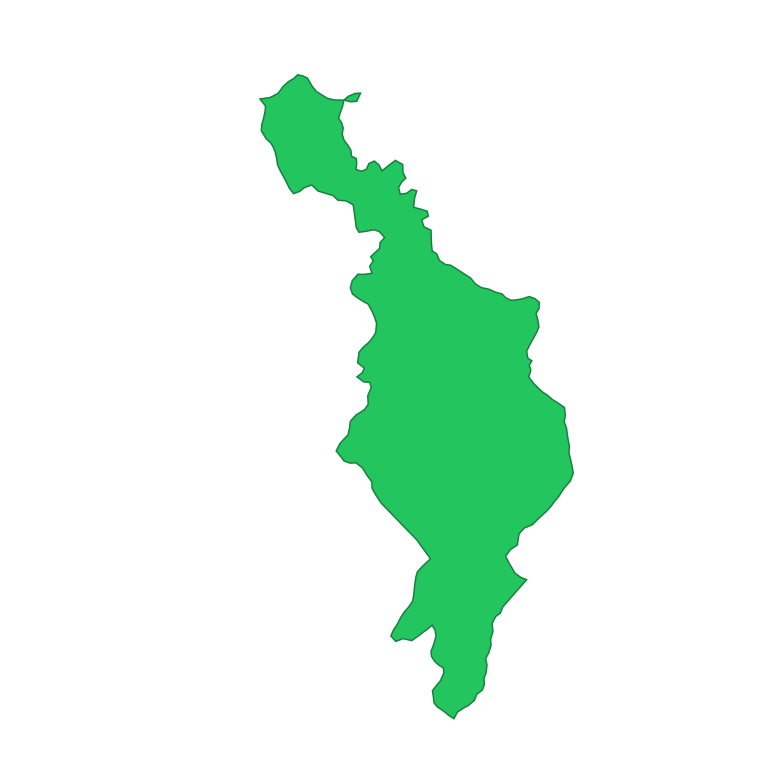 Fundão, Espírito Santo, Brazil, rotated 227°
{"feature_id": "56859067B75686220387201", "entity_name": "Fundão", "entity_type": "district", "adm_level": 2, "iso_a3": "BRA", "parent_name": "Brazil", "parent_adm1": "Espírito Santo", "projection": "albers", "projection_center": [-40.334, -19.953], "detail": "fine", "context": "isolated", "style": "filled", "palette": "green", "viewbox_px": 768, "rotation_deg": 227, "n_neighbors": 0, "source": "geoboundaries", "source_scale": "gbopen_adm2", "svg_char_len": 3463}
<svg xmlns="http://www.w3.org/2000/svg" viewBox="0 0 768 768"><g transform="rotate(227 384 384)"><path d="M355.0,302.3L349.2,305.3L345.5,309.7L337.6,311.0L329.2,309.4L320.6,308.3L316.1,304.3L310.4,302.7L299.1,300.7L259.1,301.4L253.4,301.6L247.1,301.6L224.5,298.8L224.5,292.7L224.4,287.3L223.9,280.4L221.0,275.6L217.4,271.1L214.2,267.2L210.5,263.1L205.6,256.9L204.0,249.4L203.4,243.3L201.8,236.9L199.2,229.8L197.7,223.4L195.0,217.1L187.7,217.1L184.8,224.3L177.4,229.3L176.3,237.3L175.8,242.6L175.1,248.0L174.8,254.7L169.5,253.6L164.3,250.3L159.8,243.0L156.4,236.0L152.5,233.0L146.6,231.9L140.7,232.4L135.9,233.8L131.7,230.4L128.5,222.9L127.7,216.5L126.7,210.3L121.2,206.5L116.7,203.1L111.2,202.8L104.3,204.5L97.6,205.4L91.5,206.8L93.9,213.8L92.9,220.6L91.3,226.8L91.0,234.3L93.8,240.3L93.1,247.3L95.8,252.5L100.5,256.4L103.4,262.1L108.4,267.8L113.8,271.0L116.0,277.4L119.9,284.0L124.7,288.0L128.7,294.9L135.1,299.7L137.8,307.2L137.1,312.8L140.0,319.0L143.6,354.8L149.6,352.1L156.2,350.8L162.5,352.2L168.3,353.5L175.1,355.5L176.7,363.6L175.4,371.7L182.3,380.6L183.0,388.3L179.9,396.6L180.2,405.8L180.1,415.4L180.6,422.2L181.8,429.0L182.6,435.2L184.9,444.1L186.0,454.1L189.7,461.6L195.7,465.5L201.4,468.9L207.8,472.5L211.7,476.9L216.5,479.9L221.9,483.5L227.2,487.4L233.3,489.9L237.4,495.2L243.7,499.9L250.5,498.5L258.2,496.5L264.4,495.9L269.8,494.5L276.8,494.0L281.8,493.8L290.2,494.6L294.1,500.9L298.6,503.0L300.1,507.9L304.9,506.8L310.7,510.7L313.3,517.5L315.4,524.1L317.7,530.9L320.1,536.2L325.8,540.1L331.9,543.4L333.2,548.5L337.7,553.2L343.4,552.6L348.9,549.9L351.9,543.4L355.2,538.2L358.7,533.9L363.9,531.9L369.5,531.7L374.7,528.4L381.5,525.5L388.3,520.8L395.1,519.1L402.7,519.6L409.5,517.8L418.0,515.7L425.3,513.8L429.6,510.4L436.6,508.8L443.0,511.3L448.4,510.0L453.9,514.1L459.1,518.6L464.4,523.3L471.7,520.5L478.3,523.4L476.5,530.9L481.0,533.4L487.0,530.0L493.1,526.2L499.1,533.2L503.0,539.6L507.4,537.0L508.0,530.7L511.7,525.3L517.7,528.6L519.7,534.8L519.7,540.4L525.6,542.0L531.8,547.4L539.8,544.8L540.7,535.6L541.3,527.9L547.4,529.7L553.7,529.0L555.5,523.4L553.1,517.5L554.9,512.7L560.1,509.7L563.9,514.5L567.8,517.5L572.8,515.6L577.5,519.2L583.0,520.4L589.6,521.1L595.1,523.7L599.1,528.8L604.3,531.3L609.3,532.0L612.7,537.9L615.2,542.9L619.0,548.3L625.5,541.5L631.6,537.4L637.5,535.8L644.2,534.0L651.2,534.6L659.9,536.6L664.4,534.9L669.0,531.8L669.0,526.0L670.2,520.9L670.5,513.7L668.8,504.8L671.2,496.1L677.0,487.7L668.1,486.9L664.7,483.2L660.8,477.7L657.1,471.6L652.9,467.0L643.6,465.0L637.7,465.6L632.7,464.5L628.2,462.8L622.5,459.5L616.7,455.5L610.1,453.4L600.2,450.9L591.3,448.2L584.9,447.7L582.3,453.9L582.0,459.4L578.9,466.9L570.2,467.3L562.6,471.7L556.6,475.3L549.9,475.6L543.7,481.2L536.1,483.7L527.4,477.6L517.2,470.3L512.0,469.2L507.7,475.3L503.8,481.7L498.8,484.5L490.7,484.3L490.1,477.6L486.2,473.3L486.2,466.7L486.2,461.1L481.4,460.2L479.9,453.8L473.1,450.7L478.4,443.4L482.1,439.8L481.2,431.2L477.3,425.0L471.3,422.3L465.2,423.4L457.9,425.3L453.4,426.9L446.9,425.3L440.2,423.1L433.5,420.0L427.1,412.8L425.6,407.1L424.8,400.7L425.1,394.1L424.3,387.5L417.5,379.2L409.0,380.4L407.0,375.8L407.7,369.1L399.4,370.6L394.8,374.7L390.1,372.2L386.5,364.1L379.9,358.6L378.6,352.4L379.4,347.4L380.4,342.4L379.7,334.0L375.5,329.0L371.3,323.0L371.0,316.7L370.5,311.0L367.6,303.3L361.8,303.0L355.0,302.3ZM619.0,548.3L613.0,552.2L609.3,556.9L612.7,565.2L616.3,560.9L618.7,554.1L619.0,548.3Z" fill="#22c55e" stroke="#15803d" stroke-width="1.5"/></g></svg>